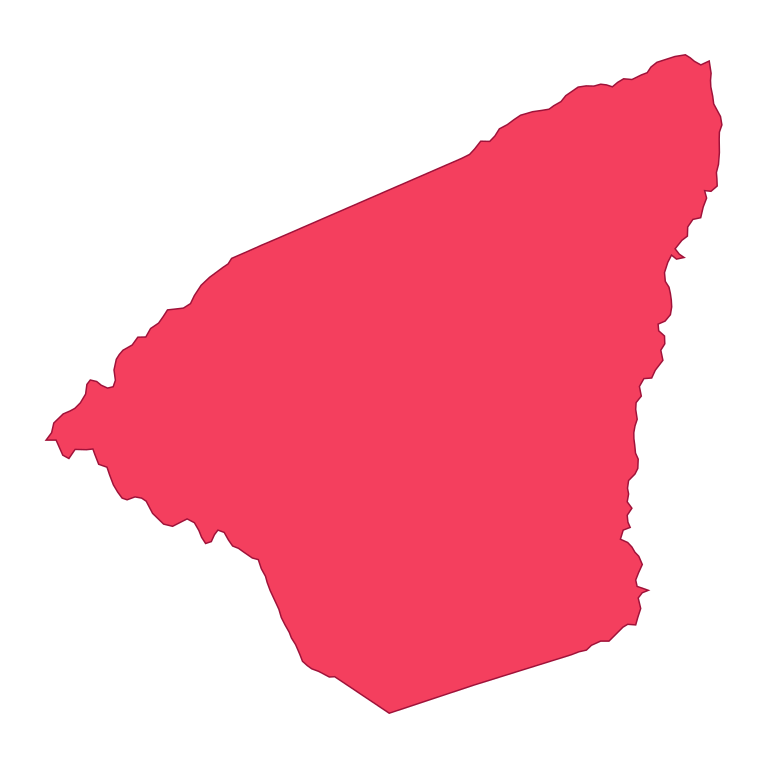 the district of Buritirana, Maranhão, Brazil
{"feature_id": "56859067B76423615647039", "entity_name": "Buritirana", "entity_type": "district", "adm_level": 2, "iso_a3": "BRA", "parent_name": "Brazil", "parent_adm1": "Maranhão", "projection": "natural_earth1", "projection_center": [-47.054, -5.512], "detail": "fine", "context": "isolated", "style": "filled", "palette": "rose", "viewbox_px": 768, "rotation_deg": 0, "n_neighbors": 0, "source": "geoboundaries", "source_scale": "gbopen_adm2", "svg_char_len": 2752}
<svg xmlns="http://www.w3.org/2000/svg" viewBox="0 0 768 768"><path d="M709.2,61.0L700.8,64.9L694.4,61.3L690.2,57.8L685.4,54.8L674.9,56.5L656.9,62.3L650.9,67.1L647.2,72.7L641.4,74.9L632.0,79.5L623.6,78.8L617.6,82.4L612.4,86.8L606.5,84.9L600.7,84.2L593.9,86.1L586.1,85.9L578.1,87.1L565.8,95.6L561.0,101.6L553.8,105.7L549.0,109.2L541.8,110.4L532.6,111.7L526.2,113.6L520.6,115.2L514.2,119.5L507.2,124.7L499.4,128.8L494.9,136.0L489.7,141.4L480.7,141.2L474.6,149.0L469.6,154.4L461.8,158.3L330.2,215.5L275.2,239.4L261.5,245.2L256.0,247.7L244.0,253.0L231.6,258.4L228.1,263.9L222.8,267.5L209.7,277.2L201.1,285.3L194.4,295.5L190.5,303.6L183.4,308.1L174.8,309.1L167.5,309.9L163.2,316.6L158.6,323.1L150.6,328.5L145.8,337.0L137.8,337.2L132.2,345.0L123.0,350.2L119.3,354.5L116.3,359.3L114.0,370.0L115.4,380.3L113.2,386.7L107.6,388.1L101.2,385.2L96.7,381.5L90.3,380.0L86.9,384.4L85.6,394.1L80.3,402.9L74.8,408.4L70.0,411.0L63.2,413.9L53.8,423.0L51.6,432.7L46.1,440.1L56.1,440.1L62.8,455.2L68.9,458.5L75.1,449.4L86.4,449.7L92.9,449.0L94.9,454.6L98.7,464.3L107.0,467.2L109.5,474.6L113.4,484.9L117.7,492.1L122.1,498.1L127.1,499.8L135.0,496.9L141.6,498.1L146.2,501.2L152.6,513.4L163.6,524.1L172.6,526.3L187.1,518.9L194.4,522.7L198.9,530.5L201.6,537.3L205.6,543.5L211.3,541.6L214.4,534.8L217.9,530.1L224.2,532.4L228.4,539.9L232.6,546.0L238.4,548.3L244.3,552.5L252.3,558.0L258.3,559.6L261.3,568.7L265.5,576.3L267.2,582.5L270.2,590.6L278.9,609.3L281.3,617.5L285.0,624.8L289.3,632.4L291.4,637.9L295.6,644.6L299.8,654.3L302.5,661.3L307.3,665.6L311.7,668.8L318.7,671.4L329.3,677.0L334.7,676.7L389.2,713.2L473.2,685.3L571.4,654.7L578.9,651.8L586.4,650.1L591.4,645.3L600.6,641.1L609.0,641.1L622.9,627.2L627.7,624.3L635.7,624.9L637.8,617.4L640.7,608.5L638.2,598.0L642.2,592.8L648.3,590.3L637.1,586.4L635.7,580.0L638.6,572.6L642.3,564.5L638.8,556.3L634.9,552.2L631.9,547.0L627.7,542.5L620.4,539.2L623.2,530.1L630.2,527.4L627.9,522.1L627.2,515.3L631.9,508.2L627.2,501.8L628.6,494.0L627.5,488.2L628.6,480.5L635.0,474.0L637.8,468.4L638.2,459.1L635.5,453.1L634.7,444.9L633.9,438.7L633.8,432.7L635.0,425.9L637.2,419.3L635.7,409.4L636.1,402.6L641.3,396.1L639.4,386.5L643.9,378.6L651.7,378.0L655.3,370.2L662.9,360.3L660.8,350.2L664.8,343.8L664.5,336.0L658.7,330.8L658.1,324.1L665.1,321.1L670.4,314.7L671.7,306.9L671.3,300.1L670.4,293.6L669.0,287.2L665.3,281.4L664.5,272.6L667.8,262.3L671.5,255.1L676.5,259.1L684.1,257.5L679.3,254.2L675.1,248.8L681.8,240.4L687.4,236.1L687.7,227.0L692.9,219.4L700.7,217.7L703.2,207.0L706.6,198.1L704.6,190.6L711.0,191.3L717.2,186.0L716.9,178.7L716.4,172.5L718.5,164.3L719.4,152.5L719.2,139.1L719.4,132.1L721.9,124.9L720.5,116.5L713.7,103.9L712.7,96.2L710.8,86.8L710.5,80.3L711.1,73.3L709.2,61.0Z" fill="#f43f5e" stroke="#9f1239" stroke-width="1.5"/></svg>